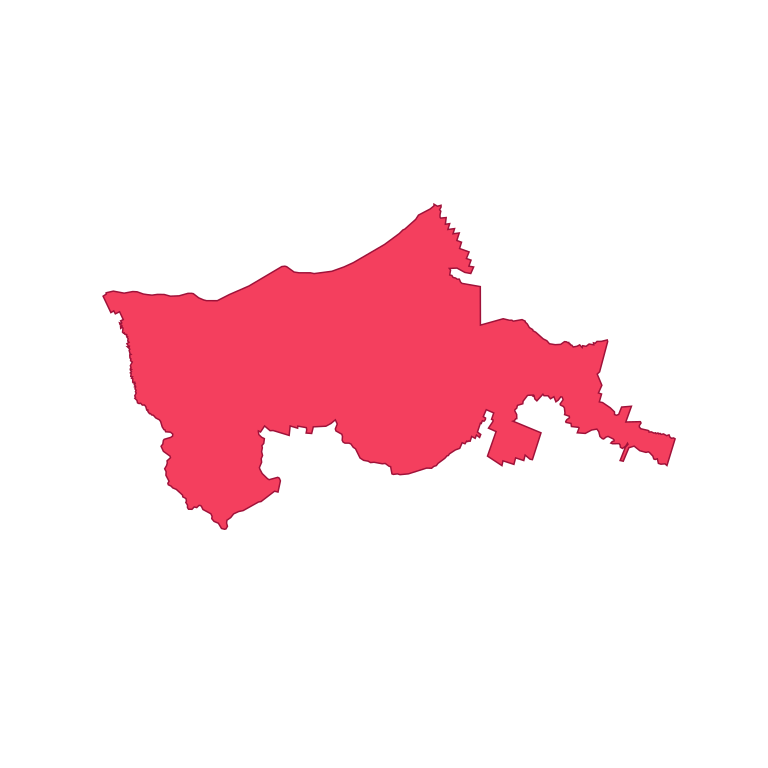 the district of Tatahuicapan de Juárez, Veracruz, Mexico, rotated 288°
{"feature_id": "50627088B86735774155910", "entity_name": "Tatahuicapan de Juárez", "entity_type": "district", "adm_level": 2, "iso_a3": "MEX", "parent_name": "Mexico", "parent_adm1": "Veracruz", "projection": "mercator", "projection_center": [-94.788, 18.349], "detail": "fine", "context": "isolated", "style": "filled", "palette": "rose", "viewbox_px": 768, "rotation_deg": 288, "n_neighbors": 0, "source": "geoboundaries", "source_scale": "gbopen_adm2", "svg_char_len": 6166}
<svg xmlns="http://www.w3.org/2000/svg" viewBox="0 0 768 768"><g transform="rotate(288 384 384)"><path d="M234.2,303.4L248.2,313.0L248.5,316.6L259.9,315.4L262.1,313.5L262.4,311.8L257.5,304.3L257.9,302.5L261.2,295.8L264.8,292.1L266.1,291.3L271.8,291.8L275.0,290.3L278.5,290.6L281.8,288.5L285.8,288.0L287.6,286.9L290.4,288.0L295.1,287.1L295.5,284.1L297.2,280.6L300.1,279.1L300.6,279.0L300.2,281.4L307.2,283.4L304.4,290.1L305.5,292.9L305.8,309.7L315.1,307.7L315.3,315.5L317.3,315.0L318.5,323.6L316.5,324.7L313.3,325.1L314.6,330.5L321.4,330.0L325.9,341.8L330.0,345.7L334.9,348.8L331.5,351.9L326.2,351.6L324.5,352.8L323.2,359.4L321.3,360.7L317.6,361.6L316.1,363.1L315.7,365.1L316.9,368.8L316.8,371.0L314.3,374.3L313.6,376.9L306.2,384.1L305.1,388.2L305.7,392.8L305.1,395.5L306.5,398.7L307.6,407.0L308.8,409.7L307.3,414.4L307.5,415.8L301.0,419.3L300.9,420.8L302.7,424.6L302.7,427.2L306.1,435.0L317.2,450.5L318.6,455.3L321.0,456.8L322.6,459.0L325.2,459.9L332.1,464.8L335.3,466.2L335.9,467.3L337.8,467.8L343.4,472.3L346.2,475.9L352.3,476.5L352.2,479.5L355.2,480.3L355.1,481.5L355.8,481.9L356.2,483.6L361.2,483.6L360.5,487.5L364.0,487.7L362.7,491.4L365.9,491.6L367.2,487.7L376.6,487.8L376.5,488.7L379.5,488.9L379.5,490.6L381.4,491.4L383.0,491.1L383.6,488.5L391.2,489.2L390.4,497.3L383.6,497.2L383.5,498.8L382.1,499.2L374.3,497.0L373.4,505.3L347.4,504.7L342.8,521.4L347.7,520.9L347.7,532.4L354.4,532.0L354.4,540.6L360.0,540.2L357.6,546.1L357.9,548.5L386.1,548.4L388.5,518.2L389.3,519.3L391.7,520.1L392.1,521.0L396.0,519.6L398.9,516.6L400.1,516.5L402.0,517.7L404.9,517.5L408.1,522.1L410.6,521.6L417.4,524.0L417.9,524.8L419.7,529.7L419.2,530.3L418.5,529.7L418.4,530.8L416.3,532.2L415.2,534.6L423.4,538.3L422.3,539.8L423.5,543.6L421.4,546.9L424.4,549.5L420.2,553.0L422.5,554.7L426.5,556.1L426.6,557.5L424.4,559.2L419.4,557.7L418.5,558.3L418.1,561.4L417.1,562.9L412.3,565.1L410.7,565.2L410.6,570.2L409.2,570.8L406.5,568.9L404.5,568.4L403.7,569.0L404.3,574.0L401.5,575.4L402.9,582.4L402.5,583.1L397.3,582.9L399.2,590.7L404.4,595.7L406.9,600.4L405.0,603.0L400.8,605.6L399.5,608.5L399.6,609.9L402.2,611.6L403.4,613.3L402.6,618.9L401.8,620.2L400.9,620.4L399.9,618.9L397.9,618.0L397.8,619.7L399.9,626.0L399.1,627.3L396.9,628.4L396.4,630.7L399.6,633.1L402.9,633.9L402.0,634.7L398.6,633.1L384.2,632.2L384.5,635.4L399.1,636.6L402.2,641.1L399.6,647.9L399.9,654.3L401.2,656.4L400.8,657.8L398.5,662.0L396.1,663.7L396.0,665.2L397.3,667.1L393.3,669.5L393.3,672.1L394.9,675.9L393.9,678.3L421.8,677.8L422.2,676.1L421.2,674.2L421.9,672.3L423.7,670.8L422.2,668.7L422.9,665.3L421.7,663.1L422.3,661.9L421.5,660.6L422.1,659.7L420.9,658.1L421.5,657.3L420.7,656.0L421.1,653.2L420.2,650.9L421.4,650.2L421.4,648.9L420.8,642.1L422.0,640.1L423.5,639.7L426.3,640.5L427.4,639.5L422.6,625.7L439.3,626.2L435.5,617.1L427.6,616.6L426.1,614.8L426.2,612.7L428.7,611.8L431.3,606.5L433.9,597.6L433.5,594.3L441.7,594.0L441.7,590.7L450.1,591.6L459.3,583.7L462.2,585.3L493.5,583.6L494.9,582.7L491.7,577.5L490.3,573.4L488.0,572.3L487.9,570.5L486.1,571.4L485.4,566.7L482.3,564.6L481.8,561.1L479.9,561.2L481.7,558.0L479.6,556.0L477.7,552.5L479.0,550.5L478.8,549.3L479.8,548.3L479.6,547.6L480.6,546.9L480.1,545.7L480.5,544.7L480.1,542.6L476.3,539.8L474.3,534.7L473.4,528.9L475.5,525.5L476.1,521.5L480.1,512.4L480.7,509.2L481.7,508.6L482.6,504.8L485.4,501.7L486.5,499.3L487.4,498.9L487.9,495.4L483.7,487.5L484.2,485.9L483.4,483.7L482.9,477.2L469.8,457.5L506.4,445.5L503.8,427.1L504.5,425.4L507.0,423.2L506.3,421.3L506.9,419.4L506.7,416.7L508.2,415.0L508.0,412.8L512.9,412.1L514.1,410.4L516.8,417.6L515.1,426.4L515.9,432.4L523.0,433.1L522.3,428.3L528.7,428.5L528.8,423.6L535.9,424.1L536.2,414.0L542.8,413.9L543.0,408.9L550.9,408.9L548.2,403.2L553.6,403.1L550.7,397.0L556.8,396.9L554.9,393.0L561.5,391.7L559.3,386.6L559.9,385.8L562.1,385.0L565.8,384.6L565.6,385.1L566.9,383.0L569.9,383.6L571.6,383.0L569.6,379.9L570.4,376.0L568.9,376.5L564.7,373.8L555.3,364.6L550.4,363.3L537.7,355.9L536.4,354.4L531.9,352.1L516.9,341.4L490.0,317.4L483.0,309.8L475.1,299.6L467.4,283.4L467.0,279.7L463.5,268.8L462.7,263.9L465.5,255.2L465.4,253.3L464.1,250.5L435.5,225.3L421.3,209.3L411.7,199.7L408.4,189.4L408.2,186.5L408.7,181.1L411.0,174.7L410.7,172.7L409.6,169.5L404.5,161.8L401.5,153.7L401.2,147.2L399.1,140.6L396.8,135.9L395.8,131.0L395.2,127.3L395.4,120.7L394.3,116.5L390.1,108.8L388.7,97.9L385.3,92.2L384.7,91.5L383.7,92.1L380.7,89.7L367.5,102.2L370.0,104.4L367.7,106.8L371.0,110.2L364.7,116.1L362.7,114.0L361.3,115.6L360.3,115.7L360.4,113.6L358.8,114.7L358.3,116.7L357.2,115.7L355.6,116.4L357.1,117.5L356.5,118.5L352.5,119.3L351.8,120.6L352.3,121.2L351.3,122.0L351.5,124.0L350.3,124.1L349.8,125.4L349.2,125.0L348.1,126.6L345.7,127.0L344.9,128.6L342.9,127.0L341.4,128.9L341.3,130.2L340.5,130.2L340.1,128.5L338.6,131.5L337.3,131.2L334.3,133.1L334.0,134.2L333.1,133.2L330.2,134.4L329.8,135.4L327.8,135.8L327.1,137.8L323.0,137.1L321.7,138.2L320.2,138.1L319.9,139.3L319.0,138.4L317.8,140.0L316.2,139.3L315.9,140.3L312.9,140.8L313.1,142.6L311.4,142.2L311.4,143.4L308.5,144.3L308.0,144.7L308.7,146.4L308.2,146.7L307.6,145.8L307.4,147.2L306.2,146.7L305.2,148.3L304.2,147.7L304.1,148.7L302.4,148.7L301.5,150.1L299.8,150.0L298.9,151.1L295.7,150.6L294.5,151.8L293.4,151.4L292.1,154.1L289.9,155.4L289.7,157.1L290.5,158.5L289.3,160.6L290.0,162.7L288.9,164.4L285.9,166.4L286.4,167.3L284.8,168.0L283.3,170.2L283.7,171.1L282.8,172.5L283.0,174.3L281.2,177.4L280.5,181.5L279.2,183.2L274.7,186.3L272.6,188.8L272.7,189.8L271.1,191.1L272.2,195.8L271.1,198.6L269.0,199.0L267.3,197.6L263.5,192.1L262.2,191.6L258.5,192.2L255.9,191.2L251.8,195.0L249.3,202.8L247.9,203.7L243.9,201.4L241.9,202.3L239.2,202.4L235.6,201.6L233.3,203.9L229.8,204.8L225.1,209.6L222.8,209.1L221.5,210.0L221.1,213.0L219.9,215.2L219.6,219.0L216.1,226.7L214.5,227.5L213.9,231.0L211.6,232.3L210.1,232.1L208.2,234.5L205.7,235.3L204.5,236.8L205.5,240.1L208.4,241.5L208.6,244.1L211.3,245.5L211.7,246.6L211.4,248.0L208.7,250.6L207.1,259.4L205.0,261.4L202.7,261.8L200.8,264.8L200.4,269.5L196.4,274.1L196.6,277.3L197.4,278.5L200.3,279.1L203.0,277.3L205.9,276.7L209.6,279.5L214.0,281.1L217.8,285.2L220.1,289.2L233.0,301.1L234.2,303.4Z" fill="#f43f5e" stroke="#9f1239" stroke-width="1.5"/></g></svg>